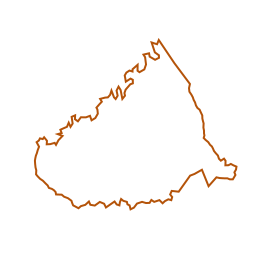 the district of Seberi, Rio Grande do Sul, Brazil, rotated 79°
{"feature_id": "56859067B19593958817427", "entity_name": "Seberi", "entity_type": "district", "adm_level": 2, "iso_a3": "BRA", "parent_name": "Brazil", "parent_adm1": "Rio Grande do Sul", "projection": "robinson", "projection_center": [-53.366, -27.504], "detail": "fine", "context": "isolated", "style": "outline", "palette": "amber", "viewbox_px": 256, "rotation_deg": 79, "n_neighbors": 0, "source": "geoboundaries", "source_scale": "gbopen_adm2", "svg_char_len": 2343}
<svg xmlns="http://www.w3.org/2000/svg" viewBox="0 0 256 256"><g transform="rotate(79 128 128)"><path d="M177.0,211.3L179.5,211.3L180.8,205.8L183.3,203.8L185.4,200.4L188.6,197.4L191.1,197.1L193.5,196.6L195.0,194.7L197.3,191.9L195.7,189.1L195.3,184.6L192.7,180.4L196.2,179.6L197.8,175.4L195.2,169.8L197.8,165.9L201.8,164.8L198.8,158.0L197.6,155.2L200.9,153.7L202.3,151.2L199.3,150.1L196.4,148.3L198.6,146.5L200.3,143.2L202.8,143.1L204.3,141.2L208.3,141.0L207.3,137.4L203.9,133.6L203.2,128.3L205.1,124.6L205.6,121.1L203.1,118.8L205.5,116.4L204.8,110.9L208.5,108.4L206.8,105.7L205.7,102.0L207.1,99.3L204.2,97.8L201.3,99.3L198.1,97.1L200.2,90.4L186.6,76.1L185.8,71.5L183.1,63.4L200.5,60.0L193.3,50.6L194.6,47.6L195.6,43.8L196.4,40.0L197.8,37.9L198.4,34.9L194.6,31.5L191.8,32.0L189.4,29.9L186.6,28.9L184.8,31.6L182.9,33.9L183.7,36.5L183.2,39.5L178.8,38.5L176.4,39.6L177.8,43.1L175.5,44.6L172.2,45.0L169.4,46.7L166.9,48.0L164.4,48.5L162.1,49.2L160.1,50.7L157.2,51.9L154.4,54.2L152.2,55.6L149.9,54.4L147.7,54.4L145.2,53.9L142.0,53.9L137.9,52.9L135.3,53.1L133.0,53.2L129.8,52.7L126.7,53.5L123.7,54.2L121.6,56.0L118.8,57.0L115.7,57.3L112.8,58.2L110.3,58.5L107.4,59.4L104.1,60.8L100.5,60.5L96.6,58.8L73.2,70.1L47.5,81.0L51.3,83.5L48.6,88.5L58.9,87.2L62.5,83.8L65.0,84.2L66.2,88.4L62.1,93.1L58.7,93.1L58.9,98.8L61.8,97.7L69.1,98.2L73.6,100.8L75.4,106.1L73.6,107.7L67.8,106.5L71.2,112.3L73.4,112.8L71.9,115.6L73.3,119.0L75.8,121.2L78.7,121.2L82.1,121.3L80.0,116.1L81.6,114.1L85.1,114.7L85.5,117.4L89.9,123.0L93.0,124.8L95.7,124.8L98.4,128.0L89.3,128.0L85.6,129.4L89.1,132.1L94.3,132.0L97.2,134.6L95.2,135.9L88.1,137.1L92.0,139.2L94.1,141.9L93.8,144.7L94.1,149.8L97.2,148.7L99.3,151.6L102.0,155.1L104.1,154.5L108.2,154.9L112.0,158.2L113.5,162.3L108.8,163.0L109.5,167.2L108.5,172.2L111.9,175.9L109.2,178.4L105.5,177.5L106.3,181.2L113.1,181.5L115.9,184.2L111.5,185.2L115.2,187.7L116.0,191.4L116.8,194.7L120.3,194.1L120.6,198.1L123.3,193.8L126.7,198.6L130.8,201.9L128.6,202.8L129.0,207.4L128.5,210.9L125.1,210.0L121.1,212.1L122.6,213.8L121.4,216.4L123.3,217.9L124.5,220.4L129.4,218.9L132.6,220.9L135.4,222.3L137.6,223.7L139.9,224.7L142.3,225.6L145.5,226.0L149.1,226.3L152.0,226.1L156.0,227.1L158.2,225.9L161.1,224.0L163.5,221.6L166.7,219.5L169.1,217.8L171.7,217.1L173.2,214.4L174.8,212.7L177.0,211.3Z" fill="none" stroke="#b45309" stroke-width="2"/></g></svg>